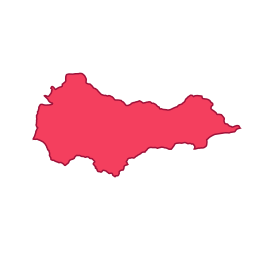 Beteni, Chirang, Bhutan (orthographic projection), rotated 41°
{"feature_id": "84629894B72162930081374", "entity_name": "Beteni", "entity_type": "district", "adm_level": 2, "iso_a3": "BTN", "parent_name": "Bhutan", "parent_adm1": "Chirang", "projection": "orthographic", "projection_center": [90.118, 26.902], "detail": "fine", "context": "isolated", "style": "filled", "palette": "rose", "viewbox_px": 256, "rotation_deg": 41, "n_neighbors": 0, "source": "geoboundaries", "source_scale": "gbopen_adm2", "svg_char_len": 5844}
<svg xmlns="http://www.w3.org/2000/svg" viewBox="0 0 256 256"><g transform="rotate(41 128 128)"><path d="M64.8,118.9L63.9,118.2L61.7,117.3L60.7,117.0L58.4,117.0L57.5,117.2L56.7,117.7L55.9,118.3L55.4,118.9L55.1,119.4L52.6,121.7L51.0,123.6L48.0,126.0L46.9,127.5L46.7,128.0L46.7,128.5L47.3,129.9L48.6,131.6L50.2,133.4L50.3,134.2L50.3,134.7L50.0,136.3L49.8,137.7L49.7,138.0L50.7,139.3L50.9,139.6L50.9,139.9L50.8,140.2L50.4,141.0L49.8,141.7L49.1,143.2L48.6,144.6L48.4,145.5L48.0,146.4L47.7,146.5L47.0,146.5L46.5,146.3L44.8,146.1L43.9,146.3L43.5,146.5L43.3,147.0L43.4,147.5L43.6,148.3L43.7,148.6L45.3,148.7L45.5,148.9L45.7,149.1L46.0,150.2L46.5,150.6L47.1,152.3L47.3,154.7L47.3,155.7L47.2,156.3L46.9,156.6L46.1,157.1L44.6,157.6L43.9,158.2L43.8,158.6L47.9,158.8L48.5,158.9L50.4,159.6L52.0,159.7L53.5,159.4L54.3,158.9L54.9,159.0L55.2,159.6L54.7,160.7L53.3,162.4L52.4,163.3L51.8,163.8L51.5,164.2L50.3,165.2L49.0,165.9L48.0,166.3L47.4,166.7L46.6,167.6L46.5,168.0L47.0,170.6L47.2,171.0L47.9,171.7L48.3,172.7L48.7,173.3L49.1,174.4L49.1,175.2L50.2,176.1L50.4,176.5L50.8,178.6L51.3,179.0L51.6,179.5L52.3,180.2L53.4,181.1L53.6,181.7L54.1,182.4L54.5,182.7L56.4,185.3L56.6,186.0L57.6,186.5L58.3,187.0L58.6,187.1L59.4,186.9L59.8,187.1L60.0,188.6L60.2,189.2L60.4,189.6L60.6,190.8L61.5,192.2L62.8,195.3L63.0,195.9L63.5,198.2L63.9,198.6L64.1,198.3L65.4,197.4L66.8,196.0L68.3,195.6L68.9,195.3L70.5,194.8L73.2,194.2L75.9,194.4L78.4,195.2L79.5,195.9L80.6,196.3L81.7,197.1L82.0,197.0L83.1,197.0L83.9,197.6L84.7,198.0L85.3,198.4L86.2,199.3L86.4,199.9L86.7,200.2L88.2,200.8L89.5,201.3L90.2,202.1L90.6,202.3L90.9,202.3L92.5,201.7L93.1,201.1L93.7,200.9L94.6,200.9L96.3,200.3L97.4,199.8L98.4,199.6L98.8,199.3L99.7,198.3L100.2,197.9L102.5,197.5L104.7,197.7L105.2,197.3L105.9,193.4L105.7,192.7L105.2,191.1L105.2,190.6L105.7,189.3L106.0,188.8L106.6,188.0L107.1,186.9L107.3,186.1L107.0,185.4L106.9,184.4L107.1,182.7L107.2,182.4L107.4,182.1L108.0,181.9L109.5,180.5L110.4,180.1L111.2,180.1L111.7,179.8L113.4,178.5L114.5,178.3L114.9,178.1L115.2,177.9L115.6,177.2L115.6,176.9L116.7,176.1L117.7,175.8L118.9,176.0L119.4,175.8L121.1,174.7L124.4,175.0L124.9,175.2L125.2,175.7L125.0,176.6L125.1,177.4L125.4,178.0L128.1,178.5L129.2,178.5L129.5,178.8L129.5,179.5L129.8,179.6L131.3,179.4L132.8,180.3L133.8,180.5L134.3,180.3L135.0,179.7L136.6,179.0L136.9,178.2L136.8,176.8L136.9,176.4L137.1,176.1L138.7,175.2L139.3,175.0L140.2,174.8L141.4,174.9L142.3,174.7L143.2,174.8L143.8,174.5L144.3,173.8L144.9,173.2L145.8,172.7L146.6,173.0L147.6,173.6L149.2,173.4L149.8,173.4L150.2,173.2L150.3,172.5L150.2,172.0L151.3,171.0L151.6,170.7L151.7,169.9L151.2,168.1L151.0,167.8L150.2,167.1L150.0,166.6L150.1,165.6L150.5,164.5L150.8,164.0L151.7,163.1L151.9,162.8L151.8,162.2L151.5,161.8L151.3,161.0L150.7,160.2L150.3,159.6L150.2,159.0L150.5,157.9L151.6,156.2L151.8,155.6L150.7,155.3L149.8,154.7L149.0,154.7L148.8,154.5L148.5,152.4L148.2,151.5L148.4,150.6L149.0,149.6L149.6,149.1L150.4,147.8L151.8,147.1L152.3,146.5L152.5,145.4L152.5,144.6L153.2,142.7L153.3,141.8L153.7,140.9L154.4,138.9L154.4,137.9L154.7,137.0L155.8,135.6L156.6,135.1L156.4,134.5L156.6,132.1L156.4,130.8L156.8,129.3L157.2,128.5L158.1,127.5L159.5,126.6L161.7,124.6L163.6,123.9L164.3,122.6L165.1,121.6L165.4,121.1L165.8,120.5L167.2,119.5L168.8,118.8L169.5,118.2L170.4,117.8L172.8,117.1L174.2,115.9L174.5,115.7L174.6,115.3L174.3,111.2L174.0,110.1L173.9,109.0L174.1,108.7L174.4,108.0L174.8,107.5L176.6,105.6L178.6,104.1L180.1,102.0L180.6,101.5L181.6,101.1L183.3,100.6L183.6,100.5L184.4,99.4L185.0,98.9L185.7,98.5L186.7,98.3L187.1,97.7L188.1,97.4L189.1,97.7L190.4,98.0L191.2,98.8L191.5,99.4L191.7,100.4L192.0,100.2L192.4,99.8L194.4,96.9L195.5,96.0L196.3,94.8L196.8,94.7L198.1,93.2L198.5,92.1L198.8,90.7L198.8,90.0L198.4,89.1L196.8,86.8L195.1,85.2L195.4,83.6L195.4,82.7L195.6,81.4L196.0,80.0L196.6,78.3L197.3,76.6L197.8,75.7L204.3,68.0L206.5,66.1L207.4,65.5L207.6,65.3L208.3,64.0L210.9,60.9L211.0,60.2L210.8,58.0L211.0,57.3L211.4,56.4L212.7,54.5L212.3,54.5L210.8,53.8L210.0,53.8L209.0,54.4L208.5,54.9L207.8,56.0L207.5,56.4L207.0,57.6L206.2,58.7L205.9,59.0L204.7,59.2L204.1,59.6L203.1,60.0L200.7,59.8L200.2,59.9L198.8,60.9L198.0,61.0L196.5,60.2L195.7,59.6L194.9,58.3L194.3,57.6L193.5,57.3L190.5,56.8L189.6,56.8L187.7,58.0L186.5,59.2L186.2,59.2L185.9,59.3L184.4,58.7L181.7,58.8L179.5,59.1L178.0,59.0L177.7,58.8L176.7,57.1L176.6,56.8L177.0,55.5L176.8,54.9L176.0,54.1L175.6,53.9L174.3,54.1L173.6,54.1L172.1,53.7L171.1,53.7L169.7,54.0L168.2,54.7L166.8,55.7L165.1,56.7L164.2,56.6L163.8,56.2L162.9,55.5L162.3,55.8L159.1,58.0L157.8,59.3L157.3,59.9L157.0,61.2L156.6,61.3L155.3,61.2L153.9,62.0L153.7,62.4L153.5,62.9L153.2,64.4L153.0,64.9L152.9,65.5L152.9,66.6L152.7,68.3L152.9,69.1L153.4,70.6L153.4,71.5L152.9,73.8L153.0,74.1L152.9,74.6L152.3,75.7L151.6,76.7L151.5,77.2L151.2,77.6L151.2,78.9L151.2,79.7L150.6,80.5L149.4,82.9L148.0,86.2L147.0,87.6L145.9,88.6L145.2,88.9L142.1,91.1L140.6,91.6L140.3,92.0L139.7,92.5L139.3,92.6L138.9,92.5L138.1,91.9L137.4,91.9L136.6,92.3L136.1,92.3L134.5,92.2L133.9,92.0L133.2,92.1L131.0,92.6L129.9,93.6L127.7,93.7L126.6,94.5L126.0,95.4L125.0,96.5L124.3,97.7L123.4,98.8L123.2,99.1L122.8,99.3L120.7,99.5L119.8,99.7L118.8,100.0L118.5,100.6L118.4,101.0L118.1,101.5L116.5,103.7L116.2,104.5L115.4,105.3L114.4,107.2L114.5,108.2L114.2,109.1L113.7,110.0L113.4,110.8L113.1,111.1L112.6,111.5L112.2,111.9L111.6,112.2L110.3,112.0L109.1,111.7L107.4,111.5L106.0,111.9L104.9,111.7L102.7,113.0L100.0,115.2L99.3,115.4L97.0,114.9L95.5,114.9L94.4,115.3L93.7,115.4L92.9,115.7L92.2,116.2L91.8,117.0L91.4,117.4L89.6,118.1L89.1,118.7L88.4,119.2L86.8,119.8L86.5,120.0L86.1,120.1L85.3,120.2L83.0,120.0L80.5,119.7L80.1,119.5L78.7,119.6L78.4,119.7L77.8,119.6L76.2,120.3L75.4,120.4L74.6,120.1L73.8,120.0L73.0,119.8L70.5,119.8L69.2,120.8L68.3,121.1L67.4,121.4L66.6,121.3L65.7,120.2L64.8,118.9Z" fill="#f43f5e" stroke="#9f1239" stroke-width="1.5"/></g></svg>